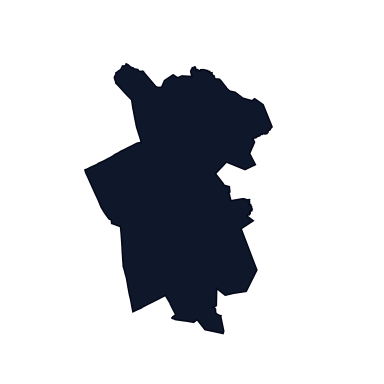 Veclaicenes pag., Aluksne, Latvia, rotated 69°
{"feature_id": "27541924B82346412171752", "entity_name": "Veclaicenes pag.", "entity_type": "district", "adm_level": 2, "iso_a3": "LVA", "parent_name": "Latvia", "parent_adm1": "Aluksne", "projection": "orthographic", "projection_center": [26.921, 57.59], "detail": "fine", "context": "isolated", "style": "filled", "palette": "ink", "viewbox_px": 384, "rotation_deg": 69, "n_neighbors": 0, "source": "geoboundaries", "source_scale": "gbopen_adm2", "svg_char_len": 5513}
<svg xmlns="http://www.w3.org/2000/svg" viewBox="0 0 384 384"><g transform="rotate(69 192 192)"><path d="M53.4,220.3L54.9,220.9L55.3,221.5L57.0,223.4L58.5,223.7L61.2,223.8L63.4,224.1L63.9,223.7L68.5,221.8L77.3,218.4L84.2,215.4L85.2,215.5L92.6,217.2L94.8,217.5L101.6,218.8L111.6,220.5L123.6,221.2L127.5,221.6L126.7,225.6L127.0,228.6L127.1,229.6L127.3,230.9L127.5,233.8L128.2,240.7L128.4,243.6L129.0,246.5L129.3,250.0L129.5,251.0L130.1,253.2L130.7,257.3L130.7,258.3L130.8,258.9L131.1,260.9L131.3,262.7L131.4,263.6L131.7,269.4L132.2,270.7L132.6,278.6L132.8,279.7L133.0,281.6L133.0,282.8L133.0,284.1L136.3,284.3L140.2,284.0L160.0,282.9L161.7,282.7L167.2,282.4L173.3,282.3L179.6,281.2L182.5,280.5L187.5,279.1L189.2,277.1L189.9,277.6L192.6,278.3L193.4,277.2L194.2,276.4L198.7,271.2L200.6,271.7L206.2,273.3L213.1,275.4L217.6,276.8L223.9,278.9L226.4,279.6L229.4,280.6L235.1,282.3L236.9,282.9L240.2,283.1L245.0,283.7L248.7,284.0L255.8,285.4L257.7,285.8L264.7,287.1L271.3,288.0L277.5,289.2L282.7,290.1L282.3,285.6L282.1,280.7L281.8,280.2L281.0,273.5L281.0,273.4L280.9,272.2L280.3,265.8L279.0,253.9L282.3,253.3L285.9,252.7L288.4,252.2L288.9,252.5L289.1,252.4L294.3,251.9L300.1,251.2L300.4,251.3L300.9,251.8L301.7,254.9L302.0,255.3L302.1,255.7L302.8,255.9L304.4,253.8L304.7,253.5L304.9,253.5L305.3,253.0L308.6,247.1L310.9,242.8L313.7,238.1L314.3,237.1L313.0,233.0L321.9,230.2L322.8,230.0L325.2,229.2L332.9,217.3L335.3,213.7L333.3,212.2L318.6,209.8L318.0,209.2L317.3,210.2L316.3,211.3L315.2,212.2L314.5,212.7L314.2,212.9L313.7,213.0L312.8,213.0L311.9,212.8L310.4,212.2L309.8,212.1L309.4,212.1L308.7,212.3L308.3,212.5L307.8,212.9L307.2,213.7L306.8,210.0L290.9,203.5L300.3,198.0L301.4,189.8L304.2,177.0L288.1,159.4L279.6,159.4L243.9,159.3L240.8,145.1L234.4,149.1L234.3,148.9L234.2,148.8L233.7,148.7L233.4,148.6L233.3,147.8L233.4,147.6L233.8,147.1L233.9,146.8L233.9,146.7L233.4,146.2L233.0,145.4L232.1,145.0L231.9,145.1L231.6,145.8L231.4,145.8L231.3,144.9L231.1,144.7L231.1,144.3L231.0,144.1L230.8,144.1L230.4,144.5L230.2,144.4L230.1,144.2L230.3,143.8L230.3,143.7L230.2,143.7L230.3,143.5L230.4,143.4L231.0,143.0L231.0,142.9L230.9,142.7L230.5,142.6L229.8,142.6L229.7,142.6L229.7,142.4L229.5,142.0L229.5,141.9L229.3,141.9L229.2,142.0L228.7,142.1L228.3,142.0L227.7,141.9L227.6,142.0L227.3,142.3L227.2,142.3L227.0,142.1L227.1,141.8L227.0,141.6L226.9,141.6L226.6,141.7L226.4,141.9L225.6,141.9L225.2,141.7L224.9,141.8L224.4,142.0L224.4,142.4L224.5,142.6L224.4,143.3L224.2,143.5L223.8,143.3L223.7,143.3L223.6,143.0L223.4,142.8L222.7,142.2L222.2,141.9L221.7,141.7L220.2,141.4L219.7,141.0L219.5,141.3L219.6,141.5L219.3,142.7L219.2,143.0L218.9,143.5L218.3,144.3L217.6,145.1L217.1,145.6L216.9,146.0L216.4,147.2L214.1,158.8L205.5,157.7L205.6,156.6L200.4,155.2L197.3,159.5L194.9,160.0L183.3,163.5L176.4,149.1L190.1,134.5L189.2,123.0L176.7,124.4L167.9,115.7L165.7,116.1L165.8,116.0L165.8,115.8L165.7,115.8L165.1,116.0L164.7,116.4L164.4,115.9L163.8,115.5L164.0,114.8L163.8,114.0L164.0,113.7L164.2,113.1L164.3,113.0L163.9,112.0L163.8,111.6L163.8,111.2L163.7,110.7L163.7,110.2L163.7,109.8L163.8,109.0L163.8,108.8L163.8,108.7L163.4,108.0L162.9,107.2L162.7,106.9L162.8,106.7L162.9,106.4L163.3,106.1L163.3,105.9L163.4,105.7L163.0,105.4L162.8,105.2L163.4,104.1L163.4,103.1L163.5,103.0L164.1,103.0L164.1,102.9L164.0,102.7L164.0,102.3L163.9,101.9L163.9,101.6L163.9,101.4L164.0,101.4L164.3,101.4L164.3,101.1L164.2,100.9L163.9,100.7L163.8,100.1L163.7,99.8L163.3,99.6L163.1,99.5L162.9,99.3L162.5,99.1L162.1,98.8L162.0,98.6L162.0,98.3L162.0,97.6L162.0,97.3L162.0,97.0L161.7,96.6L160.9,95.8L160.6,95.3L160.3,94.5L160.2,94.4L159.9,94.3L159.8,94.2L159.8,93.9L159.7,93.9L136.0,94.3L127.3,100.1L128.3,103.2L122.6,110.9L114.3,116.0L111.3,120.6L108.1,122.2L108.1,122.4L107.0,122.5L106.1,122.7L101.6,124.2L99.0,124.9L97.8,125.4L96.7,125.9L96.3,126.2L94.9,129.5L94.6,130.0L94.1,130.0L91.9,129.8L91.3,129.8L91.2,129.9L91.2,130.1L90.7,130.6L90.4,130.8L90.3,131.0L90.2,131.1L89.9,131.5L89.3,131.4L89.0,131.2L88.9,131.1L89.0,130.9L88.7,130.9L88.6,131.0L88.3,131.1L88.2,131.0L88.2,131.3L88.0,131.6L88.4,131.7L88.3,131.8L87.9,131.8L87.7,131.6L87.7,131.9L87.4,131.9L87.1,132.0L86.8,132.0L86.7,132.1L86.6,132.3L86.5,132.5L86.4,132.7L86.2,132.7L85.8,132.5L85.8,133.1L85.9,133.3L85.7,133.5L85.4,133.5L84.8,133.6L84.6,133.6L84.4,133.7L84.3,133.8L84.5,134.0L83.9,134.6L83.8,134.8L82.9,135.8L82.7,136.1L82.5,136.7L82.2,136.9L81.9,137.5L81.8,138.0L81.4,138.4L81.4,138.5L81.4,138.8L81.1,139.7L80.9,140.2L81.0,140.4L81.1,140.5L81.4,140.6L81.5,140.7L81.6,141.0L81.7,141.3L81.5,141.8L81.4,142.0L80.5,142.4L80.0,142.7L79.5,143.2L79.5,143.4L79.5,143.5L80.0,144.1L80.0,144.3L79.8,144.6L79.6,144.8L79.3,144.8L77.8,144.1L77.5,144.1L76.8,144.2L76.7,144.2L76.7,144.4L76.4,144.4L76.1,144.6L76.1,144.9L76.4,145.1L76.5,145.4L76.5,145.5L76.1,146.7L76.2,147.4L76.3,147.6L76.7,147.8L77.6,148.4L77.7,148.5L77.8,149.2L78.0,149.4L79.0,150.1L84.1,150.7L80.0,159.8L80.2,164.4L75.8,167.6L78.1,177.8L83.2,182.8L82.3,186.0L80.8,187.9L62.6,194.3L62.1,194.1L61.9,194.4L61.6,194.7L61.4,195.0L61.3,195.5L61.3,195.9L61.2,196.1L60.6,197.6L60.3,198.0L60.1,198.1L59.6,198.3L58.5,198.6L58.2,198.8L58.0,199.0L57.6,199.7L57.1,200.5L56.4,201.9L56.2,202.1L55.5,202.1L55.3,202.2L55.1,202.4L55.1,202.7L54.8,203.0L53.5,204.3L52.9,204.8L50.4,206.0L49.5,206.8L48.7,207.5L48.8,207.7L49.8,208.4L49.9,208.5L49.9,209.0L50.2,209.7L50.2,209.9L50.2,210.1L49.5,211.2L49.4,211.4L49.4,211.6L49.5,211.9L50.2,212.5L52.0,214.5L52.3,215.5L52.8,217.8L53.3,219.1L53.4,220.3Z" fill="#0f172a" stroke="#020617" stroke-width="1.5"/></g></svg>